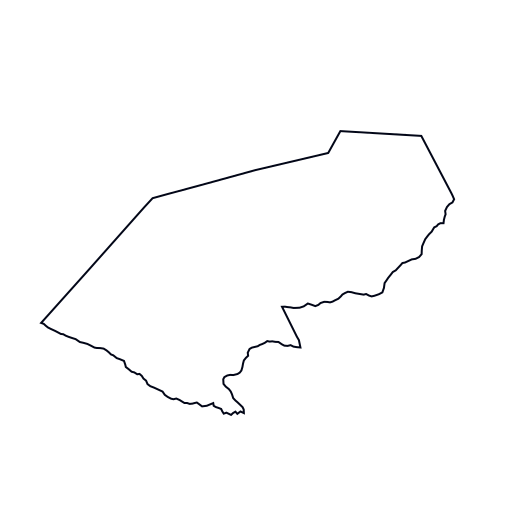 Ipupiara, Bahia, Brazil, rotated 137°
{"feature_id": "56859067B89885481135396", "entity_name": "Ipupiara", "entity_type": "district", "adm_level": 2, "iso_a3": "BRA", "parent_name": "Brazil", "parent_adm1": "Bahia", "projection": "robinson", "projection_center": [-42.45, -11.837], "detail": "fine", "context": "isolated", "style": "outline", "palette": "ink", "viewbox_px": 512, "rotation_deg": 137, "n_neighbors": 0, "source": "geoboundaries", "source_scale": "gbopen_adm2", "svg_char_len": 2625}
<svg xmlns="http://www.w3.org/2000/svg" viewBox="0 0 512 512"><g transform="rotate(137 256 256)"><path d="M372.0,149.4L369.7,152.1L368.9,154.6L369.1,158.4L369.3,161.7L369.6,164.3L369.6,167.6L367.9,171.2L366.9,174.1L366.6,177.1L367.2,181.1L367.0,184.6L364.0,188.2L361.7,189.0L358.5,188.2L356.0,186.7L353.8,184.4L350.0,182.3L347.4,181.8L344.8,182.2L341.6,184.1L338.8,186.2L336.1,187.9L332.8,188.4L329.8,188.4L328.0,190.9L324.1,192.4L321.5,191.8L318.5,190.1L316.2,188.8L313.9,188.4L311.6,187.4L308.8,186.5L305.8,186.1L304.4,184.1L302.3,182.5L300.4,180.0L298.2,177.8L297.3,173.7L296.4,171.1L294.2,168.7L291.5,167.2L290.4,164.2L288.4,161.6L285.9,158.8L282.0,165.2L281.1,169.2L271.6,201.1L269.4,199.2L267.6,196.9L265.8,194.9L264.0,192.4L261.6,190.3L259.3,188.4L255.4,186.6L250.5,185.9L248.6,182.5L246.8,178.9L243.7,177.7L240.9,177.6L237.4,176.0L235.2,173.8L233.5,171.6L231.1,170.4L228.7,169.8L224.9,168.6L221.5,168.6L219.1,168.9L216.1,168.2L213.2,167.2L210.9,164.5L208.7,160.9L206.3,157.8L203.6,154.3L201.4,153.1L200.3,149.9L199.0,147.6L196.6,146.2L194.4,145.2L192.1,144.2L188.4,143.2L184.2,145.4L180.4,148.5L177.5,149.1L174.1,149.9L170.4,150.4L166.9,151.0L163.5,150.2L161.1,150.4L156.5,150.7L153.7,151.0L151.5,149.6L147.8,148.4L144.4,147.3L141.2,145.1L137.4,144.0L133.6,144.4L131.1,146.9L127.9,149.8L124.5,151.3L120.7,152.9L117.3,153.5L114.6,153.9L110.9,154.0L108.6,154.7L106.1,155.4L103.6,154.6L101.2,154.9L98.7,154.2L96.5,152.1L93.9,154.3L91.1,156.1L88.9,157.2L86.9,160.0L82.9,161.6L79.2,162.0L75.8,161.2L72.4,162.4L71.1,166.0L70.3,168.6L53.2,231.1L109.1,289.8L121.2,285.9L132.9,282.1L197.8,319.2L249.0,346.0L278.6,361.7L292.2,368.8L304.1,367.9L312.7,367.1L387.7,360.0L458.8,353.6L457.5,351.1L457.3,348.3L456.9,345.6L455.8,342.6L454.0,338.2L452.7,334.5L451.9,332.1L450.3,330.2L449.5,327.5L448.2,324.7L446.3,321.2L444.6,318.2L443.5,313.2L441.5,310.3L439.3,306.7L437.9,303.0L436.6,299.2L435.1,297.2L432.9,295.1L430.6,292.2L429.7,288.9L429.3,285.9L429.2,282.9L428.1,280.7L427.5,276.3L426.0,273.5L424.1,269.3L425.7,265.7L426.9,263.6L426.3,260.0L425.9,256.2L424.4,253.9L423.5,250.5L421.6,249.2L421.3,246.2L421.9,243.1L421.4,239.8L422.7,236.3L422.1,232.9L420.4,229.4L419.2,226.5L417.9,223.3L416.8,220.6L417.4,216.7L416.7,213.2L415.4,209.5L414.0,207.5L411.5,206.1L410.1,202.8L409.4,200.2L408.6,197.3L406.6,195.4L405.4,193.1L403.2,191.4L401.1,190.3L399.2,189.2L398.7,186.7L398.0,182.8L394.1,180.0L391.1,178.9L387.6,177.6L389.1,175.3L388.4,172.9L387.0,170.4L385.8,167.9L386.6,165.4L387.1,162.7L384.5,161.6L382.6,156.8L379.9,156.8L377.2,156.2L377.3,153.3L373.4,152.9L372.0,149.4Z" fill="none" stroke="#020617" stroke-width="2"/></g></svg>